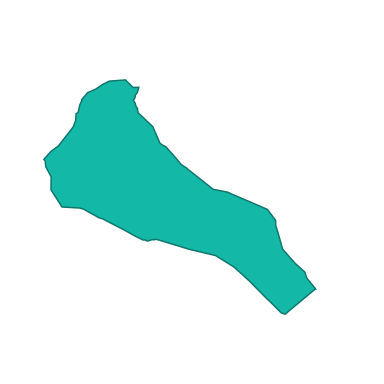 Bayandalai, Ömnögovi, Mongolia, rotated 291°
{"feature_id": "93677404B14940221514499", "entity_name": "Bayandalai", "entity_type": "district", "adm_level": 2, "iso_a3": "MNG", "parent_name": "Mongolia", "parent_adm1": "Ömnögovi", "projection": "albers", "projection_center": [103.4, 42.947], "detail": "fine", "context": "isolated", "style": "filled", "palette": "teal", "viewbox_px": 384, "rotation_deg": 291, "n_neighbors": 0, "source": "geoboundaries", "source_scale": "gbopen_adm2", "svg_char_len": 2242}
<svg xmlns="http://www.w3.org/2000/svg" viewBox="0 0 384 384"><g transform="rotate(291 192 192)"><path d="M247.6,59.1L238.7,55.9L237.4,56.4L233.2,56.0L230.8,56.4L225.6,57.2L223.3,55.8L217.3,57.7L210.4,57.8L206.9,56.8L187.0,50.7L179.4,45.8L169.4,42.0L168.4,43.7L167.1,44.5L163.3,46.3L155.7,55.1L153.4,55.9L143.5,59.6L131.4,76.0L136.8,93.0L137.1,97.1L134.6,114.2L134.9,118.8L134.4,122.3L132.4,140.9L130.4,154.9L129.7,162.3L129.7,163.1L129.7,163.5L129.7,163.8L129.9,164.1L130.0,164.3L130.2,164.6L130.3,165.0L130.5,165.2L130.5,165.4L130.4,165.6L130.4,165.9L130.4,166.2L130.4,166.3L130.3,166.8L130.2,167.2L130.2,167.4L130.2,167.7L130.2,168.0L130.3,168.2L130.5,168.3L130.6,168.5L130.9,168.7L131.1,168.9L131.2,169.3L131.3,169.6L131.5,169.9L131.7,170.0L132.0,170.2L132.3,170.5L132.6,171.0L132.8,171.4L133.0,171.7L133.2,171.9L133.3,172.1L133.4,172.4L133.5,172.5L133.6,173.2L133.7,173.6L133.9,173.9L134.1,174.1L134.4,174.3L134.7,174.5L135.2,177.7L137.6,210.8L141.1,236.7L137.0,258.1L129.6,277.1L119.4,299.6L116.8,306.0L111.2,318.4L111.3,322.8L116.4,325.5L118.4,326.7L119.8,327.5L122.8,329.1L126.3,331.1L133.5,335.1L137.5,337.4L145.8,341.9L145.8,342.0L145.9,341.9L152.9,329.8L157.6,326.2L162.3,314.0L171.1,297.1L184.4,287.2L190.7,282.2L195.5,280.2L202.8,268.6L204.3,229.2L204.7,225.8L202.1,210.8L211.8,179.8L212.5,178.1L213.8,172.1L219.8,161.3L224.8,151.4L225.2,147.8L226.1,144.6L238.1,132.8L238.9,132.1L246.7,113.2L246.9,113.1L247.4,112.9L247.7,112.7L248.2,112.4L248.5,112.1L248.8,111.8L249.0,111.6L249.3,111.4L249.8,111.4L250.1,111.3L250.3,111.3L250.4,111.1L250.5,110.9L250.5,110.6L250.9,110.4L251.1,110.3L251.3,110.2L251.4,109.9L251.5,109.5L251.7,109.1L251.8,108.9L252.0,108.8L252.3,108.7L252.7,108.6L253.3,108.0L253.5,107.7L253.9,107.4L254.3,107.4L255.0,106.6L255.3,106.2L255.5,105.9L255.5,105.7L255.9,105.2L256.2,104.7L256.3,104.6L256.7,104.5L256.8,104.5L257.1,104.5L257.4,104.6L257.7,104.7L258.0,104.8L258.4,104.8L258.7,104.8L259.0,104.8L259.3,104.8L259.6,104.9L259.9,104.9L260.3,104.9L260.5,104.9L260.8,104.8L260.9,104.7L261.2,104.5L261.3,104.4L261.5,104.3L262.0,104.4L262.4,104.5L265.1,105.3L270.7,104.8L268.5,99.5L272.8,89.7L265.9,75.1L260.5,70.1L260.4,70.0L253.2,65.0L247.6,59.1Z" fill="#14b8a6" stroke="#0f766e" stroke-width="1.5"/></g></svg>